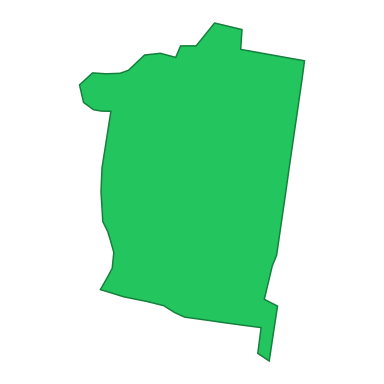 Ivoti, Rio Grande do Sul, Brazil
{"feature_id": "56859067B24346229110666", "entity_name": "Ivoti", "entity_type": "district", "adm_level": 2, "iso_a3": "BRA", "parent_name": "Brazil", "parent_adm1": "Rio Grande do Sul", "projection": "natural_earth1", "projection_center": [-51.164, -29.585], "detail": "fine", "context": "isolated", "style": "filled", "palette": "green", "viewbox_px": 384, "rotation_deg": 0, "n_neighbors": 0, "source": "geoboundaries", "source_scale": "gbopen_adm2", "svg_char_len": 664}
<svg xmlns="http://www.w3.org/2000/svg" viewBox="0 0 384 384"><path d="M302.1,78.9L304.5,60.8L240.7,49.4L242.0,29.6L214.6,23.0L196.1,45.9L180.6,45.9L175.7,57.4L160.5,53.3L144.6,55.0L128.4,70.3L120.0,73.3L106.0,73.8L92.6,72.9L79.5,84.9L83.6,102.5L93.4,109.7L101.5,111.1L110.9,111.3L102.0,167.9L101.0,191.7L102.8,221.6L107.7,231.5L110.6,241.0L113.8,252.4L112.2,268.3L107.7,276.8L100.4,289.6L123.7,296.8L147.4,301.6L163.7,305.7L174.9,312.7L184.6,317.1L203.4,319.7L226.4,323.0L246.4,325.7L261.1,327.6L257.8,353.4L269.2,361.0L277.5,306.1L264.3,299.3L272.3,265.8L276.6,255.3L285.7,192.7L288.9,169.8L302.1,78.9Z" fill="#22c55e" stroke="#15803d" stroke-width="1.5"/></svg>